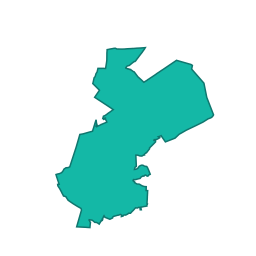 San José Chiltepec, Oaxaca, Mexico (orthographic projection), rotated 246°
{"feature_id": "50627088B5602491796839", "entity_name": "San José Chiltepec", "entity_type": "district", "adm_level": 2, "iso_a3": "MEX", "parent_name": "Mexico", "parent_adm1": "Oaxaca", "projection": "orthographic", "projection_center": [-96.132, 17.914], "detail": "fine", "context": "isolated", "style": "filled", "palette": "teal", "viewbox_px": 256, "rotation_deg": 246, "n_neighbors": 0, "source": "geoboundaries", "source_scale": "gbopen_adm2", "svg_char_len": 5483}
<svg xmlns="http://www.w3.org/2000/svg" viewBox="0 0 256 256"><g transform="rotate(246 128 128)"><path d="M204.7,150.0L206.0,148.9L206.5,147.6L206.9,145.8L207.5,143.5L207.6,142.8L208.1,140.8L207.5,140.5L207.4,140.5L207.0,140.3L206.9,140.2L206.7,140.1L205.6,139.5L204.8,139.1L203.9,138.7L198.7,136.3L198.0,135.9L195.6,134.4L193.0,132.7L191.9,132.0L191.5,131.7L192.6,129.6L193.4,127.7L193.8,126.8L194.2,125.9L194.7,124.8L191.8,122.6L190.6,120.8L188.3,118.9L188.0,118.2L187.7,117.5L183.5,114.4L182.9,113.9L174.1,117.3L169.6,110.0L153.9,120.1L151.9,121.3L150.8,122.0L150.0,118.3L149.5,115.6L149.1,114.1L148.8,112.4L148.7,112.1L148.8,110.4L147.4,109.2L147.4,109.3L146.6,109.0L146.3,109.1L146.2,109.3L145.9,109.2L145.7,109.3L145.8,109.7L146.3,110.0L146.2,110.4L146.5,111.2L146.2,111.4L146.0,110.9L145.8,110.7L145.6,110.7L144.5,110.9L144.0,111.2L142.6,111.1L142.4,111.0L142.0,111.0L142.0,109.5L142.0,108.7L142.0,108.3L142.0,108.0L142.1,107.1L142.1,106.9L142.0,106.4L142.1,105.8L142.1,105.7L142.1,105.1L142.2,104.9L142.0,104.3L142.0,104.0L142.0,101.2L141.9,100.2L142.0,99.7L142.4,99.7L142.6,99.5L142.8,99.7L142.6,99.8L142.8,99.9L142.7,100.1L143.2,100.4L143.1,100.7L143.3,100.7L143.3,101.0L143.6,101.0L143.7,100.7L143.9,100.9L144.1,101.0L144.2,100.8L144.2,101.0L144.6,101.0L148.5,102.2L146.5,100.4L141.9,96.4L141.7,96.2L140.8,95.4L139.5,94.3L140.1,90.3L140.9,84.6L141.6,81.8L141.7,81.4L136.7,77.2L131.4,72.7L116.2,59.0L116.2,57.1L116.9,55.2L116.5,52.8L115.2,51.2L114.2,49.2L114.2,46.6L114.5,45.5L114.8,43.3L114.2,43.2L111.9,42.9L111.5,42.9L111.4,42.9L108.9,42.6L107.5,42.5L106.7,42.4L104.6,42.2L105.1,40.8L103.7,40.4L100.6,40.9L99.5,41.0L99.4,41.0L98.2,41.1L97.9,41.1L97.0,41.2L96.9,41.2L95.7,41.2L94.6,41.3L93.4,41.4L92.2,41.4L92.2,41.5L90.5,43.3L86.3,43.9L81.1,47.1L77.0,49.9L75.4,51.1L73.6,52.4L71.9,52.1L58.6,40.9L55.9,46.2L55.6,46.8L55.5,47.1L55.4,47.2L54.4,49.2L54.1,49.7L53.6,50.6L53.1,51.6L52.5,52.7L55.9,54.6L56.0,54.7L57.2,55.4L57.4,55.2L57.5,55.2L58.1,55.0L58.7,55.2L59.2,55.0L59.7,55.2L59.8,55.1L60.4,54.7L58.4,57.7L58.1,57.9L57.8,58.1L55.3,59.3L54.6,60.7L53.5,61.7L52.7,62.1L51.9,62.6L52.3,63.1L52.5,63.4L53.7,65.2L53.8,65.3L53.8,65.5L54.1,65.6L54.2,65.9L54.0,66.9L54.2,67.1L54.6,67.6L55.3,67.3L55.6,68.1L55.9,68.5L56.4,68.9L56.7,69.3L57.0,69.6L57.2,69.8L57.6,70.4L55.8,70.6L52.0,74.3L52.1,77.3L52.3,77.4L52.6,77.7L53.0,78.3L53.1,78.9L53.1,79.4L52.9,80.0L52.9,80.3L52.5,83.1L52.2,84.1L52.2,85.4L52.2,85.8L51.7,86.4L51.0,86.5L49.8,85.9L49.6,87.4L50.2,87.3L50.1,88.4L50.0,89.3L49.4,90.5L49.5,92.0L49.5,92.8L49.9,93.9L49.1,95.6L50.3,98.3L50.5,99.1L51.8,101.9L52.0,102.6L51.6,103.1L51.4,103.5L51.1,104.0L51.1,104.7L51.2,105.4L51.0,105.9L50.6,106.4L50.4,106.4L50.0,106.4L48.3,105.9L47.9,106.9L50.5,107.4L50.1,108.9L49.7,110.9L49.3,112.2L49.3,112.4L49.0,113.5L49.5,113.7L50.1,114.1L50.3,114.4L50.4,114.6L50.6,114.7L50.8,114.9L51.2,114.6L51.8,114.9L53.8,115.9L54.5,116.3L55.3,116.7L56.1,117.1L56.9,117.5L57.6,117.8L58.3,118.2L59.9,119.0L60.6,119.4L61.3,119.7L62.8,120.5L63.5,119.1L64.1,119.4L64.9,119.8L66.4,120.5L66.6,120.6L67.0,120.8L67.4,120.0L67.7,119.4L68.5,118.4L68.8,118.1L68.9,117.9L69.2,117.6L71.2,116.1L71.6,115.9L71.9,115.7L72.0,115.6L72.5,114.8L73.1,113.5L75.4,111.8L75.8,112.2L76.6,111.8L77.2,111.4L77.7,111.2L78.1,111.3L78.3,111.5L78.5,111.8L78.6,112.4L78.2,112.6L77.8,113.9L77.6,115.3L77.4,116.6L77.2,117.6L77.0,118.5L77.3,119.1L77.7,119.6L77.9,120.3L78.0,121.1L78.1,122.0L77.9,122.5L77.6,122.7L77.5,122.9L77.7,123.3L77.9,123.9L78.0,124.6L77.8,125.0L77.5,125.3L76.8,125.5L76.5,125.8L76.1,126.2L76.0,126.7L76.1,127.1L76.4,127.5L76.6,127.7L76.7,128.2L76.7,128.3L76.6,128.7L76.7,129.5L81.1,129.7L83.6,129.7L85.1,129.5L85.8,128.7L86.0,128.0L86.6,127.4L87.5,126.9L88.4,125.7L88.6,124.6L88.6,123.7L88.5,122.7L88.2,122.2L87.6,121.4L87.2,120.3L87.0,119.1L87.2,117.9L87.5,117.0L89.3,118.5L89.4,119.2L89.5,120.0L100.0,124.1L99.5,125.4L99.1,126.0L97.7,127.4L96.8,129.1L96.7,130.0L96.9,130.5L96.9,130.9L96.7,131.9L97.1,131.8L97.3,132.3L98.0,134.2L98.1,134.8L97.9,134.9L100.3,139.3L101.1,139.6L102.0,142.2L104.1,147.5L105.4,148.1L106.1,146.7L106.7,147.2L106.0,149.1L105.9,150.5L106.2,153.0L107.7,152.1L107.5,154.0L107.5,155.2L107.0,155.2L100.1,156.5L99.9,160.4L99.6,166.9L101.5,172.2L101.7,174.6L102.3,180.4L102.6,191.4L102.9,198.9L103.6,203.7L103.8,205.1L103.7,206.0L103.6,207.7L103.7,208.5L103.8,209.1L104.4,210.4L105.2,211.5L123.9,212.4L138.1,215.6L155.9,210.1L159.0,212.3L160.4,211.4L169.7,200.3L170.1,199.9L167.3,184.2L167.2,183.8L166.9,181.5L166.8,181.2L166.4,179.0L166.1,177.0L165.8,175.6L165.7,175.3L165.5,174.1L165.3,173.1L165.1,171.8L164.9,170.9L164.9,170.6L164.4,167.7L164.3,167.1L164.2,166.7L164.2,166.2L164.1,165.8L164.0,165.3L163.9,164.9L163.8,164.5L163.7,163.5L163.6,162.8L163.3,161.1L164.0,160.8L166.9,159.6L167.3,159.4L169.6,158.4L169.8,158.3L170.6,157.9L176.3,156.6L176.9,156.4L177.5,155.7L178.5,155.2L180.3,154.0L181.1,153.0L181.1,153.3L182.0,152.2L183.2,150.6L183.7,150.3L184.0,150.4L185.0,152.6L184.6,154.4L184.6,154.6L185.6,158.2L185.8,159.1L186.2,160.5L185.9,161.2L186.0,161.4L186.2,162.3L186.8,163.3L187.0,163.7L187.1,163.9L187.3,164.1L187.7,164.9L188.5,166.4L189.1,167.4L189.5,168.2L190.0,169.1L191.0,171.0L191.2,171.4L191.5,171.9L192.3,173.2L192.6,173.8L192.9,174.2L193.0,174.4L193.4,175.1L193.5,175.3L193.9,175.8L194.4,176.5L194.9,175.0L195.4,173.6L195.8,172.5L196.1,171.7L196.9,169.6L197.3,168.6L198.4,165.4L198.9,164.2L199.5,162.6L200.2,160.8L200.8,159.2L201.4,157.4L202.5,154.6L204.7,150.0Z" fill="#14b8a6" stroke="#0f766e" stroke-width="1.5"/></g></svg>